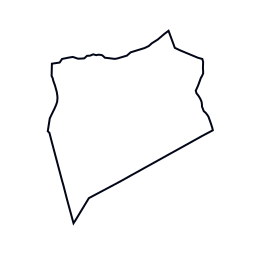 the district of Paraibano, Maranhão, Brazil, rotated 278°
{"feature_id": "56859067B92174328056743", "entity_name": "Paraibano", "entity_type": "district", "adm_level": 2, "iso_a3": "BRA", "parent_name": "Brazil", "parent_adm1": "Maranhão", "projection": "albers", "projection_center": [-43.896, -6.414], "detail": "fine", "context": "isolated", "style": "outline", "palette": "ink", "viewbox_px": 256, "rotation_deg": 278, "n_neighbors": 0, "source": "geoboundaries", "source_scale": "gbopen_adm2", "svg_char_len": 1168}
<svg xmlns="http://www.w3.org/2000/svg" viewBox="0 0 256 256"><g transform="rotate(278 128 128)"><path d="M26.1,87.3L29.3,88.8L53.1,99.0L75.6,129.9L81.8,138.0L87.1,145.1L90.0,148.9L109.0,174.1L125.2,195.6L130.5,202.6L137.5,212.3L140.0,211.4L144.9,209.0L150.4,206.1L152.0,204.7L153.8,202.9L155.2,200.7L159.5,198.3L161.8,197.9L164.2,197.2L166.9,195.6L169.5,193.5L171.9,191.0L174.4,189.9L176.3,190.5L179.4,191.4L182.0,192.0L184.0,192.4L187.8,193.2L189.9,194.1L192.5,194.8L194.7,194.5L197.5,193.9L203.8,193.2L206.7,192.0L207.3,187.4L212.1,169.0L213.9,163.2L220.8,159.5L229.9,154.6L226.2,150.9L219.7,145.1L215.2,139.8L212.1,137.2L209.5,133.3L205.8,125.4L203.3,120.1L199.5,116.8L195.4,107.8L194.6,105.3L194.4,95.2L195.6,93.7L196.6,91.8L196.5,88.6L195.7,86.4L196.1,83.3L194.3,80.2L193.8,77.4L190.9,75.0L190.2,71.9L189.7,68.8L190.7,63.5L189.6,59.9L187.2,53.1L183.3,51.2L181.1,43.7L168.9,45.1L167.0,46.4L164.3,47.5L162.5,48.4L160.1,49.7L153.9,52.4L149.9,53.6L147.8,54.0L144.2,54.2L140.9,53.6L137.6,52.7L126.7,49.2L113.7,49.0L112.2,50.9L105.9,53.5L104.2,54.2L67.2,69.8L62.0,72.1L49.4,77.3L45.4,79.0L42.6,80.2L26.1,87.3Z" fill="none" stroke="#020617" stroke-width="2"/></g></svg>